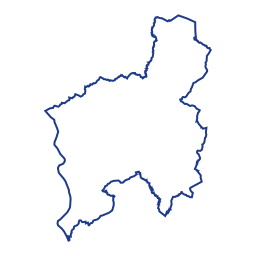 outline of Plato, Magdalena, Colombia
{"feature_id": "7082276B24438345554060", "entity_name": "Plato", "entity_type": "district", "adm_level": 2, "iso_a3": "COL", "parent_name": "Colombia", "parent_adm1": "Magdalena", "projection": "robinson", "projection_center": [-74.591, 9.77], "detail": "fine", "context": "isolated", "style": "outline", "palette": "blue", "viewbox_px": 256, "rotation_deg": 0, "n_neighbors": 0, "source": "geoboundaries", "source_scale": "gbopen_adm2", "svg_char_len": 5807}
<svg xmlns="http://www.w3.org/2000/svg" viewBox="0 0 256 256"><path d="M68.5,240.6L69.4,240.2L69.3,238.4L68.7,236.3L70.8,236.7L70.8,234.7L71.1,233.4L71.7,232.8L71.4,231.8L72.1,230.0L73.8,228.7L73.9,227.1L74.5,226.3L77.2,225.2L78.7,223.5L78.9,221.3L79.5,220.4L80.8,220.4L82.3,222.2L85.6,221.7L85.8,223.4L87.9,222.6L88.6,225.2L89.0,225.3L90.5,223.3L92.3,222.8L93.5,220.5L97.6,219.3L99.4,217.7L100.6,215.8L102.1,215.6L109.1,212.7L112.2,210.4L113.7,205.3L113.7,202.2L113.2,200.6L113.3,197.8L114.4,196.4L113.8,195.7L113.0,196.6L112.6,195.7L110.7,195.8L109.2,194.8L108.1,194.8L107.3,194.1L107.4,193.2L106.8,192.1L106.3,191.8L106.1,192.4L105.8,192.3L106.1,190.8L105.4,190.9L105.1,191.7L103.1,191.4L102.4,190.6L104.2,188.6L105.2,186.2L106.7,185.7L107.9,183.9L109.3,183.5L110.9,181.8L113.7,180.9L118.3,180.5L119.6,181.2L120.6,182.7L122.9,182.6L125.6,180.1L126.5,179.8L126.4,179.3L126.6,179.8L129.2,178.9L130.3,177.5L134.2,176.1L136.2,174.6L136.7,174.3L135.9,172.4L138.9,171.7L139.5,173.4L139.9,173.3L139.7,173.8L140.1,173.8L140.1,174.5L140.4,174.6L140.8,177.6L141.7,178.0L142.4,178.9L143.5,178.9L144.0,179.5L144.6,179.6L145.5,180.5L146.3,180.1L146.2,180.6L146.8,180.9L147.5,182.6L148.2,182.5L149.5,183.2L149.2,184.9L149.7,186.9L150.1,186.7L150.2,187.7L151.3,187.4L151.2,188.1L151.7,187.9L152.1,188.5L151.8,188.8L152.2,189.0L151.7,189.6L152.1,189.8L151.6,190.0L152.1,190.3L151.6,190.5L151.9,192.6L153.4,192.5L153.2,193.2L154.2,193.4L154.8,195.1L155.8,195.2L155.6,195.9L156.8,196.1L157.1,196.8L157.6,196.5L157.9,198.0L158.4,198.0L158.9,198.9L159.3,198.6L159.5,199.2L160.2,199.3L159.9,200.4L159.2,200.7L159.2,201.8L158.7,201.8L158.5,202.4L159.0,202.7L158.6,203.4L159.1,203.2L158.6,204.0L158.8,204.3L158.4,204.3L158.7,205.5L158.1,208.2L158.8,208.8L159.3,210.2L159.3,211.3L165.1,215.9L165.3,215.1L165.8,215.0L166.6,212.5L167.2,213.5L167.8,213.3L168.1,212.4L167.8,212.0L168.3,212.0L168.2,210.6L168.6,210.1L169.1,210.3L169.2,209.8L169.4,210.1L169.5,209.8L170.4,209.6L170.1,209.2L170.4,209.0L170.3,208.1L171.6,204.5L171.3,200.7L173.1,196.8L175.1,196.9L175.7,196.4L176.8,196.3L177.1,195.8L178.6,195.6L178.9,195.1L178.7,194.5L179.4,194.1L180.1,194.1L181.0,193.2L181.2,192.2L181.8,192.0L182.2,193.1L184.4,194.6L186.2,194.9L186.7,195.8L188.8,196.3L190.0,197.2L191.9,197.2L192.8,192.7L191.4,191.7L190.4,190.2L190.0,188.4L190.4,187.8L201.7,181.7L200.6,177.4L200.8,175.8L200.6,175.2L197.5,171.3L198.1,170.8L194.9,169.0L197.2,163.8L196.7,163.7L197.1,161.6L197.8,161.7L198.2,160.4L198.7,160.5L200.0,158.8L200.1,158.1L198.8,154.5L197.2,153.0L197.0,151.7L197.6,150.7L200.5,150.8L201.9,149.6L202.6,146.6L202.3,144.5L203.2,144.0L204.3,142.4L205.1,137.7L205.7,137.2L206.3,135.0L205.9,132.3L206.4,127.8L203.0,128.7L202.2,127.7L201.3,127.6L201.4,127.0L198.7,123.9L197.3,121.2L196.5,121.5L197.2,118.4L197.1,116.1L198.1,112.7L199.3,111.4L199.7,110.2L196.7,108.7L194.5,106.0L192.0,105.4L190.1,106.0L186.7,103.9L184.6,103.9L182.3,101.7L181.0,101.4L180.2,99.5L182.0,99.1L182.2,97.8L182.9,97.0L185.1,97.3L186.2,96.5L188.4,93.1L190.5,91.3L190.9,89.0L192.0,87.1L193.4,83.1L195.4,82.3L198.2,80.2L202.8,77.6L207.0,71.6L207.2,70.2L205.5,67.2L205.5,65.7L205.9,64.4L205.5,62.8L206.6,61.0L206.9,55.9L208.7,53.6L210.7,50.0L209.6,48.7L209.5,48.0L208.2,48.2L206.9,47.4L206.7,46.1L206.1,45.7L205.1,45.8L204.5,45.0L202.6,44.4L202.0,43.5L200.1,42.4L199.4,42.8L198.3,42.1L198.0,41.1L197.1,40.9L196.3,39.1L195.6,39.3L195.3,39.8L194.5,39.5L194.2,37.8L196.0,36.9L195.7,35.9L195.3,30.4L195.2,22.2L187.4,18.6L178.3,15.4L170.7,20.6L170.1,20.8L170.1,20.4L169.0,20.2L167.7,21.3L161.8,18.2L159.9,18.1L157.3,17.0L157.0,17.4L155.7,17.5L155.7,18.2L154.9,18.7L154.5,20.0L155.1,21.0L154.6,22.0L154.8,22.6L153.8,23.3L154.1,25.3L152.7,27.3L152.2,27.4L152.4,28.1L151.9,28.7L152.1,29.1L151.7,30.4L152.2,31.5L152.1,32.4L151.7,32.6L152.1,33.3L151.7,34.0L152.0,35.0L152.5,35.1L152.6,36.2L153.4,36.3L153.8,35.6L154.3,37.0L155.3,36.6L156.0,37.7L156.3,39.4L156.0,39.9L156.6,40.4L156.1,41.0L154.5,41.5L153.9,42.8L154.2,45.4L153.7,45.9L153.8,46.8L153.2,47.0L152.9,48.5L152.9,49.8L153.5,50.6L152.7,52.0L153.3,52.8L152.7,56.9L151.4,58.2L151.5,59.7L150.5,61.3L149.5,61.7L149.2,62.6L148.4,62.6L148.8,63.1L148.3,63.9L148.4,64.7L147.1,65.0L146.7,65.6L146.6,66.7L147.1,66.9L146.7,67.9L147.0,68.4L146.6,68.6L146.9,68.7L146.4,69.2L146.7,69.8L146.3,69.9L146.1,70.9L145.4,71.1L145.7,71.5L145.1,72.2L145.8,73.3L145.4,73.8L145.6,74.2L145.8,74.0L146.2,74.6L146.1,76.0L146.4,76.4L146.2,76.8L144.7,76.7L143.0,78.2L142.7,77.5L142.3,77.8L141.5,77.1L140.7,77.0L140.4,75.6L139.8,74.9L139.0,74.7L137.8,75.0L136.7,74.4L136.2,74.6L134.8,73.7L134.9,73.0L134.0,72.9L133.3,73.3L132.6,73.0L130.7,73.8L127.6,77.3L127.1,78.4L125.4,76.9L124.9,77.4L124.1,77.2L123.8,76.6L122.7,76.1L122.3,75.4L122.0,75.7L121.1,75.1L120.8,75.9L119.2,76.4L119.2,76.9L117.7,77.5L117.0,78.5L115.2,79.0L114.8,80.2L113.1,80.8L110.6,80.4L110.1,80.7L109.8,80.3L109.2,80.7L108.0,79.6L106.8,80.0L105.4,79.2L103.7,79.2L102.7,78.2L100.4,77.1L99.8,77.5L98.8,79.7L97.5,80.4L95.9,82.8L94.1,83.5L93.4,83.2L92.0,84.6L90.5,84.2L90.3,85.1L89.5,85.4L89.6,85.9L88.9,86.4L88.6,86.0L88.0,86.3L87.6,86.0L86.0,87.1L85.2,86.6L84.8,89.1L85.4,90.3L84.9,93.6L83.3,94.3L82.5,95.7L80.6,96.6L78.6,95.4L75.3,94.2L74.4,96.7L72.8,97.4L72.4,98.2L69.2,97.6L69.6,99.6L69.1,100.3L68.1,100.4L64.6,103.2L61.9,102.8L61.8,103.8L60.2,104.6L59.6,105.8L58.3,106.7L54.8,105.7L53.9,106.3L53.1,107.9L49.8,108.4L45.3,110.9L51.0,117.4L54.2,119.7L54.5,122.0L57.2,128.5L58.2,131.7L56.5,137.3L54.5,142.3L54.4,144.8L57.4,148.4L60.3,154.0L64.4,158.5L64.8,159.5L64.8,161.1L64.0,162.7L62.9,163.9L59.4,165.3L58.1,167.4L58.0,168.7L58.7,172.2L59.4,173.5L63.6,178.5L65.5,181.4L68.8,189.8L69.0,192.0L70.4,196.9L70.6,199.1L70.1,206.5L69.7,208.1L67.3,212.3L60.2,219.5L58.0,220.9L57.5,223.5L58.1,225.4L61.6,228.4L64.1,231.5L66.9,236.7L68.5,240.6Z" fill="none" stroke="#1e3a8a" stroke-width="2"/></svg>